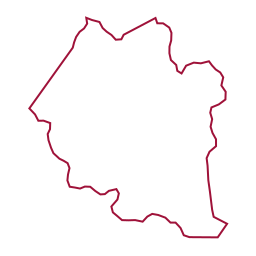 São Ludgero, Santa Catarina, Brazil, rotated 179°
{"feature_id": "56859067B3541578386981", "entity_name": "São Ludgero", "entity_type": "district", "adm_level": 2, "iso_a3": "BRA", "parent_name": "Brazil", "parent_adm1": "Santa Catarina", "projection": "orthographic", "projection_center": [-49.171, -28.352], "detail": "fine", "context": "isolated", "style": "outline", "palette": "rose", "viewbox_px": 256, "rotation_deg": 179, "n_neighbors": 0, "source": "geoboundaries", "source_scale": "gbopen_adm2", "svg_char_len": 1285}
<svg xmlns="http://www.w3.org/2000/svg" viewBox="0 0 256 256"><g transform="rotate(179 128 128)"><path d="M68.5,17.8L40.2,17.1L30.6,30.5L35.6,33.2L43.9,37.7L45.3,44.8L47.2,62.9L48.6,74.4L49.1,88.9L49.9,96.5L46.9,102.9L40.3,108.3L40.2,115.2L43.6,121.6L45.4,127.8L43.7,135.4L45.5,141.8L44.2,147.1L36.8,150.0L30.1,154.8L29.7,162.5L33.9,168.9L31.9,177.0L34.8,181.9L39.3,185.0L42.9,189.1L45.9,193.3L54.0,191.4L61.1,192.2L68.8,189.3L73.5,181.6L77.7,184.3L78.7,190.2L83.9,195.2L85.3,202.0L85.1,208.7L83.3,214.8L82.9,222.4L85.0,227.7L91.0,232.0L96.9,232.2L98.6,237.5L130.7,221.3L133.1,216.8L138.7,216.5L142.9,221.3L147.7,224.7L151.6,228.4L154.7,234.5L162.1,236.6L167.8,238.9L167.0,233.1L170.2,228.3L174.7,225.0L178.3,219.9L180.4,214.5L181.8,209.3L226.3,149.3L220.7,143.2L217.5,136.8L212.3,136.8L205.7,134.3L206.0,128.2L208.4,123.4L207.7,117.2L205.3,109.6L203.0,104.1L197.1,98.5L193.0,96.4L189.0,93.9L187.2,88.9L188.8,82.5L189.5,76.6L187.3,70.3L182.1,69.4L177.0,68.3L172.1,70.2L166.8,69.9L161.7,65.5L156.8,62.1L152.3,62.3L148.2,65.5L140.7,67.1L138.3,62.8L139.8,56.7L146.0,49.8L144.6,43.9L140.3,40.2L135.6,36.0L129.2,35.7L122.5,35.8L115.0,34.1L110.2,39.1L105.3,41.7L99.3,40.5L92.2,37.7L87.2,32.7L82.1,32.6L77.2,27.1L74.1,19.8L68.5,17.8Z" fill="none" stroke="#9f1239" stroke-width="2"/></g></svg>